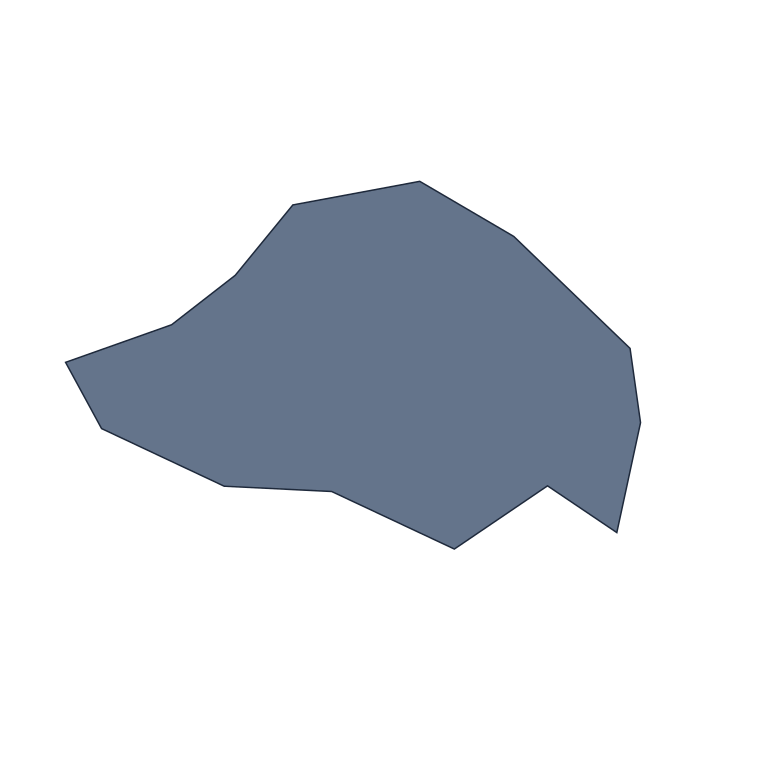 Għargħur, Robinson projection, rotated 124°
{"feature_id": "MLT-5932", "entity_name": "Għargħur", "entity_type": "state/province", "adm_level": 1, "iso_a3": "MLT", "parent_name": "Malta", "parent_adm1": "", "projection": "robinson", "projection_center": [14.455, 35.919], "detail": "fine", "context": "isolated", "style": "filled", "palette": "slate", "viewbox_px": 768, "rotation_deg": 124, "n_neighbors": 0, "source": "natural_earth", "source_scale": "10m", "svg_char_len": 351}
<svg xmlns="http://www.w3.org/2000/svg" viewBox="0 0 768 768"><g transform="rotate(124 384 384)"><path d="M286.5,559.7L196.0,467.7L189.1,358.9L216.9,199.9L272.6,149.7L377.0,107.9L377.0,191.5L481.5,233.4L502.4,367.3L558.1,459.3L578.9,593.2L544.1,660.1L453.6,593.2L377.0,568.1L286.5,559.7Z" fill="#64748b" stroke="#1e293b" stroke-width="1.5"/></g></svg>